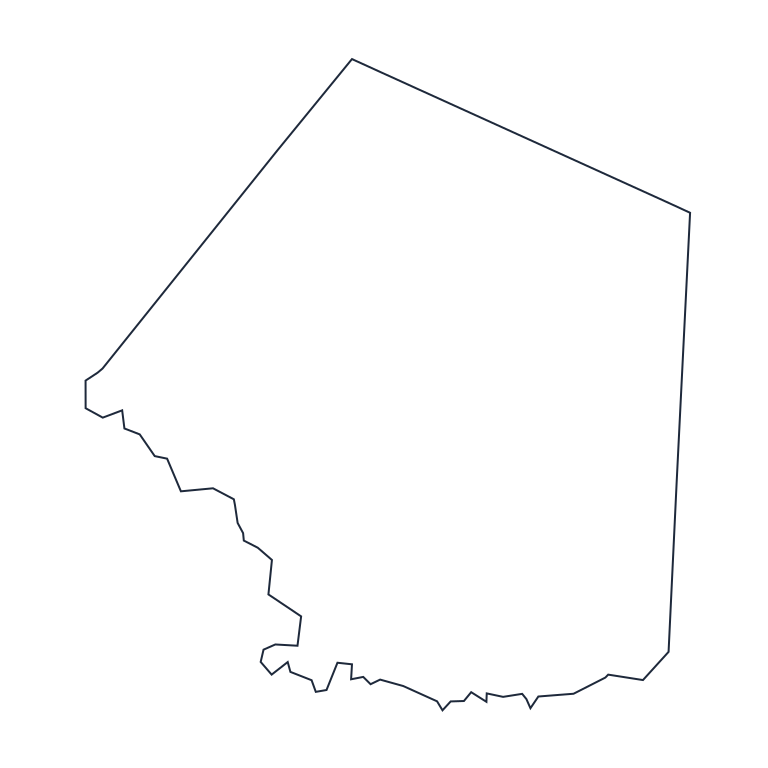 Bexar, Texas, United States of America, rotated 183°
{"feature_id": "52423323B3019751705730", "entity_name": "Bexar", "entity_type": "district", "adm_level": 2, "iso_a3": "USA", "parent_name": "United States of America", "parent_adm1": "Texas", "projection": "mercator", "projection_center": [-98.439, 29.438], "detail": "fine", "context": "isolated", "style": "outline", "palette": "slate", "viewbox_px": 768, "rotation_deg": 183, "n_neighbors": 0, "source": "geoboundaries", "source_scale": "gbopen_adm2", "svg_char_len": 896}
<svg xmlns="http://www.w3.org/2000/svg" viewBox="0 0 768 768"><g transform="rotate(183 384 384)"><path d="M109.9,101.9L85.8,131.4L86.6,299.4L87.3,571.0L109.1,579.7L366.1,680.5L403.3,695.1L433.0,706.8L502.7,611.7L665.9,384.7L670.6,380.3L682.2,371.8L680.7,344.2L663.1,335.7L644.1,344.0L640.9,326.0L625.3,320.9L609.2,300.0L596.7,298.1L581.2,266.2L549.3,270.9L527.9,261.0L526.5,255.3L522.9,237.6L516.9,227.7L515.8,220.3L501.5,213.9L486.7,202.4L488.4,167.8L454.6,147.6L456.7,118.1L478.9,118.2L490.4,112.4L492.6,100.0L481.0,87.9L465.6,101.3L462.4,91.6L440.8,84.4L436.0,73.0L425.4,75.4L415.9,103.2L401.3,102.4L401.4,87.4L389.4,90.4L381.7,83.5L372.4,88.6L349.0,83.4L314.4,69.9L308.5,61.2L300.8,70.5L287.6,71.6L280.8,80.8L265.1,72.0L265.2,80.4L248.7,77.8L229.8,81.8L225.3,76.8L220.8,67.9L213.5,80.0L178.5,84.6L147.6,102.4L144.9,105.5L109.9,101.9Z" fill="none" stroke="#1e293b" stroke-width="2"/></g></svg>